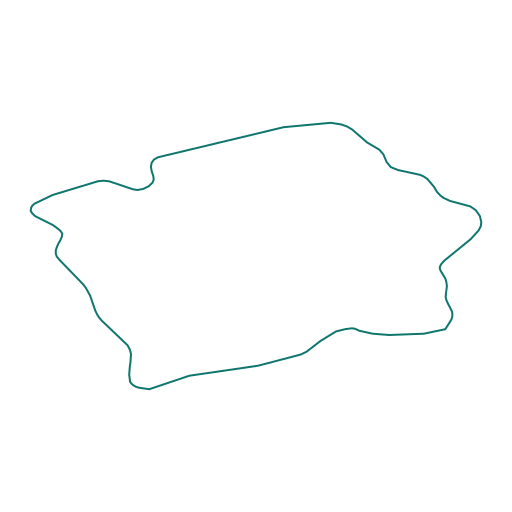 the Region of Prague
{"feature_id": "CZE-1595", "entity_name": "Prague", "entity_type": "Region", "adm_level": 1, "iso_a3": "CZE", "parent_name": "Czechia", "parent_adm1": "", "projection": "natural_earth1", "projection_center": [14.449, 50.06], "detail": "fine", "context": "isolated", "style": "outline", "palette": "teal", "viewbox_px": 512, "rotation_deg": 0, "n_neighbors": 0, "source": "natural_earth", "source_scale": "10m", "svg_char_len": 1444}
<svg xmlns="http://www.w3.org/2000/svg" viewBox="0 0 512 512"><path d="M330.7,122.8L341.1,124.4L347.1,126.5L352.1,129.5L367.3,142.6L379.2,149.6L383.3,154.2L386.6,162.0L390.8,167.1L397.9,170.0L420.3,174.9L423.9,176.6L427.4,179.0L433.8,186.6L437.0,191.9L440.5,195.6L443.7,198.0L450.2,201.0L470.3,206.4L475.8,210.2L479.9,216.1L481.3,222.2L480.8,226.1L478.6,230.5L470.6,239.2L444.1,260.8L441.1,264.3L439.9,266.7L439.8,268.7L440.8,271.1L445.3,278.5L446.3,281.8L446.9,285.9L445.6,296.8L446.3,299.9L448.3,304.3L450.3,308.0L452.1,311.9L452.4,314.6L452.1,317.7L450.9,320.4L445.3,329.2L424.0,333.7L389.2,335.0L372.6,333.7L359.1,330.7L356.3,329.3L354.4,328.6L351.9,328.3L345.5,329.1L336.1,331.4L320.7,340.8L306.6,351.7L300.8,354.5L258.1,365.7L189.4,375.7L149.3,389.2L138.8,387.7L135.6,386.6L133.1,385.1L131.5,383.7L130.1,381.8L129.2,374.7L129.8,366.5L130.4,362.8L131.0,354.2L130.0,349.9L127.5,345.2L101.7,320.6L99.3,317.8L97.2,314.6L95.2,310.4L90.2,295.8L85.9,288.0L83.3,284.5L59.8,260.2L56.8,256.6L55.8,253.8L55.8,250.4L56.7,247.5L58.0,244.4L60.7,239.5L61.9,236.6L62.3,233.7L60.8,231.3L58.3,229.0L52.8,225.0L35.2,216.2L32.3,213.4L30.7,211.1L30.9,209.2L31.2,207.6L32.3,205.7L34.5,203.7L52.6,195.0L97.8,181.3L103.6,180.7L109.2,181.3L133.0,189.3L137.7,190.0L143.2,188.9L148.5,186.4L152.4,182.8L153.7,179.8L153.3,176.0L151.8,171.7L150.9,166.9L151.6,162.9L153.9,159.6L157.9,157.3L283.6,127.2L330.7,122.8Z" fill="none" stroke="#0f766e" stroke-width="2"/></svg>